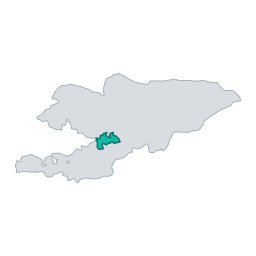 Uzgen, Osh, Kyrgyzstan (highlighted)
{"feature_id": "92254566B62299131303841", "entity_name": "Uzgen", "entity_type": "district", "adm_level": 2, "iso_a3": "KGZ", "parent_name": "Kyrgyzstan", "parent_adm1": "Osh", "projection": "orthographic", "projection_center": [73.5, 40.749], "detail": "fine", "context": "in_parent", "style": "filled", "palette": "teal", "viewbox_px": 256, "rotation_deg": 0, "n_neighbors": 0, "source": "geoboundaries", "source_scale": "gbopen_adm2", "svg_char_len": 4430}
<svg xmlns="http://www.w3.org/2000/svg" viewBox="0 0 256 256"><path d="M51.8,154.2L52.5,153.7L54.7,153.4L59.1,153.1L60.5,153.4L63.5,155.3L65.8,155.1L66.2,155.4L67.0,156.9L70.3,154.7L72.6,154.1L73.8,151.9L76.3,149.3L78.4,148.9L78.4,149.3L78.8,149.7L81.0,150.3L81.6,149.7L82.0,148.7L81.3,147.1L81.2,146.5L81.9,145.6L85.3,147.1L86.1,147.0L87.7,146.2L89.1,144.8L89.6,143.7L96.7,140.0L97.2,139.4L97.1,138.9L94.1,138.0L92.8,138.5L91.6,138.5L90.9,137.9L87.3,137.7L86.5,137.3L84.2,134.6L81.3,132.9L79.9,133.0L78.2,133.6L77.7,133.3L77.6,130.8L77.3,129.3L76.3,128.9L75.0,129.5L71.4,128.6L71.1,125.4L69.8,122.6L67.9,121.5L67.9,119.8L67.3,119.1L66.7,119.3L66.0,120.1L66.3,122.0L66.0,123.8L65.5,124.7L64.7,125.4L63.8,125.4L62.2,124.4L61.8,130.0L61.4,130.3L59.5,129.5L58.0,129.8L55.7,129.4L54.0,128.4L50.6,127.3L49.1,126.2L48.2,122.4L47.3,121.1L46.4,120.7L42.8,121.9L39.2,119.5L37.4,118.9L37.0,118.2L37.1,117.4L42.8,113.4L45.1,110.6L46.5,109.4L50.0,108.3L50.9,105.7L51.2,105.4L54.8,104.2L58.8,102.0L58.9,101.3L58.5,100.8L55.0,98.6L53.2,99.5L52.2,98.2L52.2,97.0L53.5,94.8L54.5,93.8L55.0,91.7L56.4,90.4L58.0,88.2L59.8,86.5L63.1,85.2L65.0,85.7L66.7,85.4L69.4,84.4L71.0,84.3L77.9,86.1L80.2,86.2L85.5,88.5L89.7,89.6L91.7,91.7L98.4,92.7L100.3,93.3L100.9,94.3L102.9,95.6L104.5,95.9L103.1,90.8L103.6,87.9L105.8,79.7L106.9,78.5L112.3,76.2L113.5,74.5L117.4,74.5L118.3,74.2L118.7,73.2L130.9,80.2L135.5,82.1L141.9,83.8L147.3,84.3L148.2,83.9L150.2,81.0L151.3,80.9L164.6,81.0L174.1,79.1L175.4,79.2L179.0,80.6L190.3,80.5L194.8,81.3L201.8,80.6L204.7,80.6L210.2,82.3L212.1,82.6L215.6,82.7L216.9,82.3L217.7,82.7L218.6,85.2L222.1,88.2L223.4,89.8L224.7,90.4L231.0,90.5L233.4,91.0L239.6,96.7L240.6,100.1L240.1,100.9L234.0,101.9L232.6,102.5L231.3,105.2L223.2,109.0L222.0,109.0L211.3,115.8L203.8,121.3L203.6,123.8L199.4,129.7L196.0,130.5L193.1,130.5L188.4,132.5L182.3,132.1L180.2,132.3L176.2,131.7L174.6,132.2L172.9,133.4L170.7,138.0L169.7,139.0L169.3,140.1L169.1,142.3L168.2,144.6L166.3,148.1L164.6,149.8L163.1,150.9L161.8,148.8L159.7,150.3L157.7,150.1L156.5,150.6L153.9,152.5L149.8,152.5L149.4,151.9L148.4,146.8L147.7,144.4L147.1,143.9L146.4,143.9L140.7,148.0L138.0,148.8L135.8,148.9L132.9,147.8L132.3,148.1L131.8,148.7L131.6,149.6L132.5,151.8L132.2,152.3L130.9,152.3L129.1,152.8L123.6,157.6L120.1,158.9L116.8,159.4L114.9,160.2L113.8,162.0L111.6,166.9L111.7,167.9L112.6,169.2L113.3,172.1L113.2,172.9L111.4,175.3L109.2,176.1L107.4,176.4L104.0,176.1L102.3,176.6L99.1,178.4L96.4,178.8L91.4,178.8L86.5,178.0L84.9,178.3L80.6,179.3L79.1,181.0L78.3,182.6L77.9,182.8L76.1,181.3L74.0,178.8L72.9,178.8L68.9,180.8L68.4,180.7L67.3,179.9L67.5,176.8L66.2,176.1L63.6,175.9L62.7,175.1L63.0,173.1L62.8,172.3L62.1,171.7L60.7,171.8L57.9,173.5L54.6,174.0L53.5,174.5L52.2,176.7L47.9,177.0L46.5,176.5L44.0,172.3L41.8,171.6L39.5,171.7L36.3,172.6L35.6,171.7L34.8,171.4L34.1,172.1L30.3,172.1L26.5,171.8L24.3,171.2L22.9,171.2L20.0,172.2L16.5,172.2L16.3,168.4L15.4,165.8L16.6,161.5L17.3,160.2L19.8,161.9L20.7,161.7L21.0,160.9L20.7,158.9L22.1,156.9L31.2,154.4L41.1,159.0L42.4,161.7L43.3,161.6L44.7,160.5L45.2,158.2L47.2,157.0L51.6,155.6L51.8,154.2ZM56.7,163.7L57.0,163.3L56.2,161.3L57.3,159.5L55.3,159.1L54.3,158.6L53.1,156.6L52.8,156.5L52.1,157.0L51.8,158.3L52.0,159.6L53.5,160.9L52.7,163.5L55.7,163.9L56.7,163.7ZM46.2,165.3L46.1,164.7L45.4,164.4L41.6,163.5L41.8,164.1L43.2,166.1L44.3,166.2L46.2,165.3ZM68.7,162.4L69.0,161.2L66.7,161.9L66.4,162.5L67.2,163.3L68.2,163.6L68.7,162.4Z" fill="#d9dde1" stroke="#a8b0b8" stroke-width="1"/><path d="M103.0,149.0L103.2,148.0L103.2,147.4L102.3,146.5L101.9,145.9L102.2,145.2L102.1,144.1L102.6,143.5L103.9,144.0L105.3,143.9L105.7,144.6L106.4,144.8L107.6,143.9L108.9,143.2L110.1,143.1L111.2,142.3L112.0,141.8L113.5,142.6L113.9,143.2L115.6,143.1L117.6,142.3L118.9,142.3L120.1,141.6L119.1,140.5L118.9,138.7L117.8,138.2L116.3,136.2L115.1,136.0L113.9,135.1L113.1,134.9L113.2,132.5L111.7,132.8L110.2,133.6L109.8,134.5L109.6,135.7L110.1,136.7L110.0,137.6L108.7,137.4L106.4,135.9L105.7,135.0L106.0,134.3L106.7,133.4L106.8,132.6L106.1,132.7L105.0,133.3L103.8,133.3L102.6,135.4L101.8,135.3L101.0,135.2L100.3,135.9L99.9,138.3L98.0,138.7L97.1,138.1L96.9,138.0L96.2,138.3L96.3,138.6L96.5,138.7L96.9,138.5L97.0,138.6L97.2,138.9L97.2,139.5L97.2,140.0L96.2,140.3L97.2,141.4L97.4,143.3L97.2,146.6L97.4,146.7L97.3,147.5L97.6,148.0L98.2,148.6L98.6,149.0L99.6,149.5L101.2,148.9L102.1,149.0L102.8,149.0L103.0,149.0Z" fill="#14b8a6" stroke="#0f766e" stroke-width="1.5"/></svg>